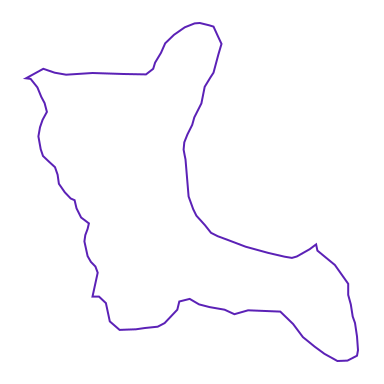 outline of Sosso-Nakombo, Mambéré-Kadéï, Central African Republic
{"feature_id": "33826404B83457658124611", "entity_name": "Sosso-Nakombo", "entity_type": "district", "adm_level": 2, "iso_a3": "CAF", "parent_name": "Central African Republic", "parent_adm1": "Mambéré-Kadéï", "projection": "orthographic", "projection_center": [15.586, 3.907], "detail": "fine", "context": "isolated", "style": "outline", "palette": "violet", "viewbox_px": 384, "rotation_deg": 0, "n_neighbors": 0, "source": "geoboundaries", "source_scale": "gbopen_adm2", "svg_char_len": 1374}
<svg xmlns="http://www.w3.org/2000/svg" viewBox="0 0 384 384"><path d="M316.1,244.4L309.7,249.2L296.8,256.5L291.9,257.9L284.6,256.7L268.2,252.9L245.6,246.7L228.5,240.2L217.7,236.2L211.0,232.8L204.9,225.1L196.4,215.7L193.2,209.2L188.6,196.5L185.5,159.4L184.7,155.5L183.6,149.6L184.3,142.3L187.4,134.5L192.2,124.9L194.3,117.4L201.4,103.4L204.7,86.8L210.5,77.3L213.5,72.7L218.4,54.4L221.5,43.9L217.8,36.0L213.5,26.6L209.2,25.3L199.8,23.0L194.6,23.4L184.8,27.3L180.6,30.2L174.0,34.8L165.2,43.3L161.0,52.8L155.1,62.6L153.2,68.8L146.0,74.4L123.5,74.0L92.5,73.0L66.1,74.7L54.7,72.7L43.3,68.8L26.0,78.3L30.6,78.9L37.4,87.4L41.3,96.9L44.6,103.1L46.9,111.9L42.6,119.8L40.0,127.3L38.4,136.4L40.7,149.2L43.0,156.0L49.2,161.9L55.0,167.2L57.6,174.7L58.9,183.8L64.8,192.3L70.7,198.5L74.6,200.2L76.5,208.3L81.1,217.5L88.9,223.4L87.6,228.9L85.3,235.1L84.4,241.4L87.6,256.1L90.9,261.9L95.4,266.5L97.7,272.7L92.5,296.6L99.0,296.6L105.9,303.1L109.8,321.4L119.6,329.9L127.1,329.6L135.9,329.3L145.0,328.0L157.7,326.7L164.6,323.1L177.3,309.7L179.3,301.5L189.7,298.9L199.1,304.4L209.6,307.1L224.6,309.7L234.4,314.2L248.1,310.3L280.3,311.6L293.1,324.0L302.9,337.1L314.6,346.6L324.4,353.8L337.4,361.0L347.5,360.6L357.0,355.7L358.0,350.2L357.0,336.4L355.0,323.0L352.7,316.5L350.8,304.4L348.2,294.9L348.2,283.8L334.9,265.0L317.4,250.6L316.1,244.4Z" fill="none" stroke="#5b21b6" stroke-width="2"/></svg>